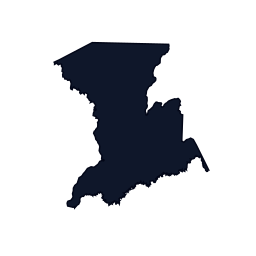 Zaragoza, Antioquia, Colombia (Natural Earth projection), rotated 196°
{"feature_id": "7082276B32326905944373", "entity_name": "Zaragoza", "entity_type": "district", "adm_level": 2, "iso_a3": "COL", "parent_name": "Colombia", "parent_adm1": "Antioquia", "projection": "natural_earth1", "projection_center": [-74.894, 7.495], "detail": "fine", "context": "isolated", "style": "filled", "palette": "ink", "viewbox_px": 256, "rotation_deg": 196, "n_neighbors": 0, "source": "geoboundaries", "source_scale": "gbopen_adm2", "svg_char_len": 5721}
<svg xmlns="http://www.w3.org/2000/svg" viewBox="0 0 256 256"><g transform="rotate(196 128 128)"><path d="M217.1,170.9L216.4,170.1L216.1,169.0L214.0,171.1L213.5,170.2L212.3,169.6L211.0,171.0L209.4,170.8L209.0,169.1L207.5,167.9L207.0,164.3L205.4,163.6L205.6,161.6L204.7,159.2L204.0,159.4L203.1,159.0L202.1,157.7L200.5,158.2L199.2,157.3L198.3,157.6L197.8,158.3L197.4,157.9L196.6,157.9L194.8,155.1L194.2,150.6L193.6,149.7L192.2,149.5L192.3,151.7L191.3,152.5L190.9,151.7L189.2,151.7L187.2,150.7L186.7,150.7L186.2,151.9L185.6,151.0L184.2,150.5L184.1,148.6L182.9,147.8L182.0,148.9L181.0,149.5L179.4,148.5L179.4,149.8L178.9,150.3L176.5,149.7L175.6,149.1L175.8,148.0L175.7,146.4L174.0,145.4L172.6,143.9L170.7,143.8L171.0,142.3L170.0,143.1L167.9,143.6L167.2,142.4L165.7,141.5L165.3,139.9L166.1,138.6L166.0,138.1L164.5,137.7L163.7,136.7L164.1,136.1L165.0,137.1L165.6,137.0L165.8,136.5L165.1,134.6L165.3,132.7L164.9,130.4L161.8,130.2L161.5,128.6L160.4,129.0L159.4,128.8L158.6,128.3L158.2,127.7L158.3,126.0L158.8,125.0L158.1,123.6L157.4,120.8L158.0,118.5L158.6,117.9L158.6,116.5L159.5,115.6L159.6,113.5L157.0,110.6L155.8,108.3L153.5,106.8L152.9,105.6L151.0,104.1L149.9,102.2L149.4,98.2L147.7,96.2L145.4,94.4L144.8,90.9L144.3,90.6L142.6,90.9L142.2,90.5L142.1,90.1L142.6,89.6L144.2,89.5L145.9,88.1L146.7,85.0L149.7,80.9L152.8,80.5L155.8,77.9L157.1,74.2L158.3,71.8L158.9,69.6L159.9,68.1L161.3,66.8L161.5,60.7L163.3,58.1L163.9,55.2L163.2,52.5L163.2,49.5L161.9,47.0L161.9,45.6L163.0,42.7L165.5,41.1L165.8,40.0L165.7,38.7L164.5,36.4L158.8,36.7L157.8,37.7L157.5,37.6L157.2,36.6L155.6,39.9L154.4,41.3L154.0,44.1L154.7,46.0L154.8,47.8L153.5,49.6L151.9,50.1L151.5,51.4L150.0,53.1L149.3,52.4L148.6,53.1L147.8,52.9L146.6,54.0L146.2,53.4L143.9,53.5L143.4,53.2L143.6,53.8L141.5,54.3L141.6,55.0L140.6,54.5L140.7,55.0L140.1,55.5L140.1,56.0L139.2,55.9L139.1,57.9L137.9,58.0L137.6,57.7L136.9,59.1L136.1,58.4L135.4,58.3L135.2,58.6L134.4,57.2L133.1,57.0L132.9,55.6L133.6,55.5L133.0,54.7L133.8,54.1L133.8,53.7L131.7,52.9L131.7,51.8L130.8,51.8L131.0,52.5L130.4,52.5L130.2,51.8L129.8,52.4L129.7,52.0L129.2,51.6L129.3,50.9L129.7,51.1L129.5,50.9L127.5,50.3L125.6,50.8L125.3,49.1L125.0,48.5L123.4,50.6L122.3,50.5L123.1,51.7L122.4,51.6L121.6,52.1L121.4,52.4L122.0,53.0L121.3,53.7L121.3,53.2L121.0,53.2L120.6,54.1L118.6,54.1L119.3,52.7L118.7,51.6L118.3,51.8L118.2,52.8L116.9,53.1L116.5,53.9L115.5,52.7L115.6,53.7L116.3,55.2L115.8,56.1L116.5,56.1L117.0,57.7L116.2,59.0L115.6,59.0L115.1,58.5L114.9,59.3L114.5,59.6L114.5,60.4L113.7,60.5L113.8,61.0L112.8,60.5L112.4,60.9L112.6,61.5L112.0,63.3L112.6,62.9L113.0,63.5L114.4,64.3L112.3,65.4L112.1,66.7L111.3,66.3L111.3,67.0L110.7,66.8L111.0,67.2L110.1,67.7L110.6,68.7L109.5,69.1L110.1,69.7L110.0,70.2L109.7,70.2L109.2,69.2L108.8,69.3L108.5,70.1L108.9,70.9L108.4,72.8L107.9,73.0L107.6,72.4L106.4,71.9L106.3,71.6L106.6,71.0L106.1,71.3L105.8,72.0L105.3,72.4L105.7,73.2L105.3,73.6L105.5,74.1L105.0,74.2L105.4,74.9L104.8,74.9L105.2,75.0L104.8,76.0L105.2,76.4L104.3,77.0L103.9,78.1L103.2,78.0L103.9,77.3L103.1,77.0L103.0,78.1L102.8,77.5L102.4,78.0L101.6,78.1L101.0,80.2L100.5,79.6L100.3,78.5L99.7,78.2L98.8,78.3L98.7,79.0L98.0,79.3L98.0,79.9L97.4,79.2L98.0,77.7L96.5,79.3L95.6,79.1L95.2,79.8L94.7,79.0L94.5,77.7L93.8,77.6L94.0,78.2L93.6,78.7L92.2,77.5L92.2,77.9L91.8,78.1L92.2,78.3L91.7,78.6L92.0,78.8L91.4,79.5L92.0,79.4L91.1,80.6L92.1,82.3L92.1,83.0L89.5,84.3L88.0,82.9L87.7,83.0L88.0,83.2L87.6,83.7L87.1,83.2L87.4,83.7L86.9,83.7L86.5,86.4L87.2,87.1L86.4,87.6L85.9,86.9L85.7,87.1L86.4,88.6L86.2,89.3L85.8,89.5L85.5,89.1L85.1,89.2L85.5,89.5L84.6,89.9L84.5,90.4L84.8,90.8L83.8,91.6L82.9,91.4L82.4,90.7L81.9,90.8L82.1,91.3L81.7,91.3L82.3,92.6L81.8,93.0L82.3,93.3L81.9,93.5L82.1,93.8L81.7,94.8L81.1,94.3L80.9,94.9L80.4,94.8L79.7,94.0L79.2,94.4L78.8,94.2L78.5,95.3L78.1,95.4L77.4,94.9L78.3,93.8L78.3,93.4L77.3,94.3L76.7,94.2L76.4,94.5L76.1,94.2L76.5,93.8L75.2,93.6L75.0,94.3L74.5,94.3L75.2,95.3L73.9,95.5L73.8,96.0L73.5,95.7L73.4,96.1L72.8,96.1L72.0,96.7L70.3,95.8L70.1,96.2L70.4,96.4L69.5,97.1L69.4,96.6L68.4,96.5L66.4,98.9L66.5,99.4L67.3,100.0L67.5,101.0L67.3,101.4L66.1,101.3L66.6,101.9L66.0,102.4L65.0,102.3L64.7,102.9L64.4,101.5L63.9,101.1L63.5,102.3L61.5,102.0L62.0,104.0L61.3,104.4L60.4,104.0L60.8,104.8L60.5,106.0L61.3,109.6L61.0,110.8L61.5,111.5L59.4,111.5L58.7,111.9L58.7,112.3L59.1,112.5L59.2,113.0L58.6,114.8L59.4,115.3L57.2,116.2L56.0,117.1L55.5,119.3L55.0,120.1L54.6,119.5L53.4,120.1L51.3,119.4L51.0,120.8L50.2,120.9L49.4,119.4L48.5,119.1L48.6,117.4L47.4,116.3L46.7,116.3L46.6,114.7L46.1,114.2L45.6,114.3L45.9,113.2L44.9,112.8L45.3,112.1L44.6,111.2L42.4,110.3L41.7,108.8L40.4,108.0L39.6,108.3L39.5,109.8L38.9,109.9L57.5,130.3L62.1,134.9L65.0,135.5L66.4,134.2L68.5,132.9L69.7,130.9L69.8,130.3L70.6,129.5L71.5,130.1L72.7,130.1L79.1,155.7L80.7,155.6L82.1,156.8L82.3,158.1L83.3,158.8L84.5,158.6L84.9,162.9L84.8,163.5L83.9,164.4L84.9,165.3L85.2,166.5L85.0,167.8L85.7,168.8L87.7,170.2L88.2,170.1L89.8,169.0L91.0,169.0L94.2,166.9L96.4,165.0L97.8,162.6L98.6,162.0L99.5,160.3L99.7,158.6L100.9,157.3L102.4,158.2L102.7,158.9L102.5,160.6L103.1,161.2L106.1,160.5L107.2,160.8L108.1,160.6L109.2,158.5L109.8,155.2L111.6,152.1L113.2,150.2L112.9,146.4L113.6,145.6L114.6,145.7L114.6,146.9L116.0,148.5L116.4,150.5L115.5,152.9L115.6,154.7L116.9,156.8L117.2,159.7L118.2,162.8L119.9,163.5L120.0,166.1L120.5,169.0L119.4,173.6L117.4,175.5L116.9,177.7L115.5,179.5L114.6,181.2L114.8,182.9L115.5,183.9L118.3,184.3L118.3,185.4L119.4,187.7L119.6,191.1L119.3,193.5L118.6,195.8L117.2,196.6L115.2,199.5L116.2,203.7L115.9,205.7L115.4,206.6L115.4,207.7L113.3,208.7L112.8,209.3L112.3,210.8L111.1,211.8L110.5,215.3L111.2,216.5L111.3,218.2L112.0,219.6L185.9,200.2L212.7,174.7L217.1,170.9Z" fill="#0f172a" stroke="#020617" stroke-width="1.5"/></g></svg>